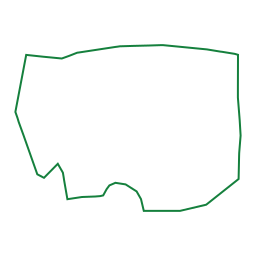 Ad Du'ayn, Eastern Darfur, Sudan
{"feature_id": "16777658B96658977374271", "entity_name": "Ad Du'ayn", "entity_type": "district", "adm_level": 2, "iso_a3": "SDN", "parent_name": "Sudan", "parent_adm1": "Eastern Darfur", "projection": "mercator", "projection_center": [26.189, 11.412], "detail": "fine", "context": "isolated", "style": "outline", "palette": "green", "viewbox_px": 256, "rotation_deg": 0, "n_neighbors": 0, "source": "geoboundaries", "source_scale": "gbopen_adm2", "svg_char_len": 779}
<svg xmlns="http://www.w3.org/2000/svg" viewBox="0 0 256 256"><path d="M239.1,155.8L239.2,152.9L240.6,135.6L239.7,120.3L237.9,97.7L237.9,86.9L238.0,54.8L234.9,53.9L234.4,53.8L222.0,51.8L220.3,51.6L206.9,49.4L162.7,45.1L161.9,45.1L149.4,45.5L133.4,45.9L119.9,46.3L116.6,46.8L116.3,46.8L103.1,48.8L78.8,52.5L77.2,52.7L69.3,55.8L61.8,58.5L43.0,56.7L26.2,54.9L15.5,111.3L15.4,112.0L17.5,118.0L18.7,122.0L23.6,135.5L37.3,174.3L43.0,177.3L44.0,177.8L57.8,163.8L62.9,172.7L63.6,176.9L64.0,179.5L64.1,180.2L67.4,199.2L82.0,197.0L95.2,196.5L100.2,196.1L103.2,195.4L106.6,189.2L109.4,185.4L115.0,183.0L115.3,182.8L125.6,184.4L136.6,191.4L141.0,199.1L143.8,210.9L170.3,210.9L178.6,210.9L179.9,210.9L206.2,204.7L238.6,179.0L239.1,155.8Z" fill="none" stroke="#15803d" stroke-width="2"/></svg>